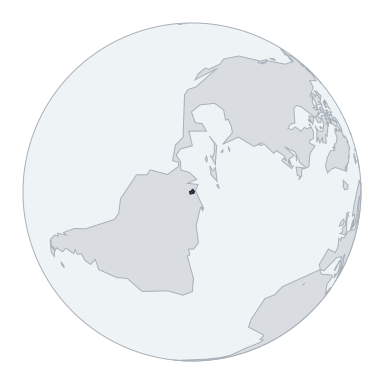 the Earth from above Cojedes, rotated 67°
{"feature_id": "VEN-32", "entity_name": "Cojedes", "entity_type": "State", "adm_level": 1, "iso_a3": "VEN", "parent_name": "Venezuela", "parent_adm1": "", "projection": "orthographic", "projection_center": [-68.34, 9.331], "detail": "fine", "context": "on_globe", "style": "filled", "palette": "slate", "viewbox_px": 384, "rotation_deg": 67, "n_neighbors": 0, "source": "natural_earth", "source_scale": "10m", "svg_char_len": 9006}
<svg xmlns="http://www.w3.org/2000/svg" viewBox="0 0 384 384"><g transform="rotate(67 192 192)"><circle cx="192" cy="192" r="169" fill="#eef3f6" stroke="#a8b0b8"/><path d="M163.4,194.6L159.5,192.7L155.6,197.6L142.4,189.0L138.1,178.8L99.6,160.9L96.1,155.6L96.8,147.5L87.9,120.2L89.9,145.3L85.7,140.2L83.1,131.1L85.6,129.0L85.2,116.2L82.0,111.1L85.1,95.8L98.2,77.9L98.7,80.8L101.8,76.6L101.4,72.9L100.4,71.6L110.7,56.4L111.4,48.9L106.0,50.5L111.6,47.5L97.5,53.8L94.3,54.6L101.4,51.4L104.8,49.5L104.3,48.7L107.7,46.6L109.4,45.2L113.5,43.0L117.4,41.9L120.1,40.7L119.6,40.2L123.4,38.2L123.7,38.9L130.4,35.5L138.0,34.3L135.5,40.1L143.2,39.5L149.8,46.1L152.6,44.4L156.9,46.5L161.8,45.5L161.6,47.6L165.6,45.1L164.9,43.5L166.4,42.0L169.2,41.4L169.5,43.7L168.1,44.3L169.6,44.7L168.6,46.2L170.7,45.1L170.7,48.3L174.8,44.4L178.3,46.4L177.2,48.8L171.9,49.4L156.1,58.3L153.3,61.8L154.7,65.6L168.8,70.4L167.9,74.3L170.8,78.9L173.7,76.0L172.5,71.5L178.7,67.9L176.5,63.3L178.7,61.4L178.7,56.9L184.5,56.8L190.2,59.3L190.6,63.3L193.1,64.7L197.5,60.7L202.7,68.3L214.0,74.4L214.7,76.8L207.6,81.2L195.7,81.4L186.4,89.1L198.3,83.6L199.9,90.5L202.6,91.6L206.0,91.2L207.7,88.6L209.4,91.1L198.4,97.0L196.6,94.8L200.1,92.7L194.5,93.1L187.0,98.1L188.4,101.7L175.7,106.9L176.5,109.8L174.2,112.8L173.7,107.8L174.3,117.2L159.6,127.8L160.1,145.2L153.2,131.7L146.8,130.1L139.0,130.3L139.0,133.1L128.8,130.8L119.2,136.6L115.0,150.4L118.0,161.2L129.4,161.9L133.1,156.0L141.6,154.9L134.8,171.0L149.6,173.6L147.8,185.8L152.0,192.2L159.5,190.7L167.3,193.7L173.0,186.7L182.2,182.8L182.2,192.7L187.4,183.6L192.4,188.4L210.7,187.7L209.3,190.0L224.6,201.4L241.3,205.9L245.2,212.9L243.2,217.5L249.0,218.5L249.1,221.4L272.2,224.4L283.9,230.7L283.4,240.7L273.5,252.9L264.1,276.8L246.2,285.4L241.4,294.7L227.0,308.1L216.1,307.4L219.1,313.6L212.9,317.4L205.8,317.8L204.4,322.0L199.2,322.1L202.6,324.9L194.2,330.2L196.6,334.4L190.5,338.4L192.3,340.7L190.0,340.7L187.5,341.5L187.4,342.7L180.1,340.5L177.9,335.1L180.4,332.4L177.3,331.9L182.5,324.6L179.1,326.0L179.7,314.4L184.3,304.5L186.9,274.1L183.2,267.9L170.2,260.4L154.5,236.4L158.6,226.6L155.2,221.8L166.2,207.8L163.4,194.6ZM32.3,139.1L33.6,135.4L33.0,137.9L32.3,139.1ZM34.3,133.0L33.9,134.3L34.2,133.2L34.3,133.0ZM34.5,132.1L34.4,132.8L34.4,132.4L34.5,132.1ZM34.6,131.5L34.6,131.8L34.6,131.5ZM158.9,151.2L175.9,159.8L166.0,160.8L167.9,159.2L163.7,155.7L155.7,152.4L147.1,154.2L158.9,151.2ZM35.2,129.4L35.5,128.7L35.2,129.4ZM167.1,141.6L164.2,140.9L167.1,140.8L167.1,141.6ZM99.4,71.5L101.1,73.2L100.1,77.5L98.4,76.2L99.4,71.5ZM101.7,64.2L103.4,64.1L99.8,68.0L100.0,66.8L101.7,64.2ZM101.3,52.4L102.0,52.8L100.2,53.2L101.3,52.4ZM109.0,45.5L107.7,46.1L109.1,45.1L109.0,45.5ZM175.5,57.3L177.0,57.1L176.2,58.1L175.5,57.3ZM174.0,55.7L171.9,56.9L170.9,56.4L172.2,55.6L174.0,55.7ZM116.7,41.1L119.4,39.6L117.3,40.8L116.7,41.1ZM176.8,54.4L169.4,55.2L167.6,54.3L171.1,50.7L176.8,54.4ZM128.1,35.6L135.6,32.8L126.8,36.3L124.6,37.5L123.9,37.6L121.4,38.7L127.8,35.7L126.6,36.2L128.1,35.6ZM163.4,43.3L164.4,44.9L161.0,44.2L163.4,43.3ZM160.9,43.2L148.3,43.9L148.3,41.5L152.5,41.6L150.4,39.3L156.6,37.7L159.1,38.6L157.9,40.4L161.2,38.5L160.9,43.2ZM140.1,31.3L142.3,30.7L140.8,31.2L140.1,31.3ZM166.7,41.3L164.2,41.5L164.0,39.4L169.1,38.6L167.5,39.5L166.7,41.3ZM146.9,39.6L147.6,38.1L152.8,36.3L153.8,35.6L156.8,37.5L146.9,39.6ZM169.0,39.7L171.6,38.3L174.3,38.9L169.2,41.0L169.0,39.7ZM161.8,39.2L162.0,38.3L163.6,38.5L161.8,39.2ZM185.1,40.7L182.1,40.7L181.7,39.5L185.1,40.7ZM172.5,37.8L171.5,37.6L171.0,37.3L173.3,36.6L172.5,37.8ZM160.2,36.2L162.2,35.9L159.3,35.3L163.1,34.3L164.3,35.8L165.4,34.7L166.6,34.4L166.3,36.1L160.2,36.2ZM174.1,34.8L177.1,36.9L182.8,37.0L183.2,38.0L174.0,37.6L174.1,34.8ZM169.6,35.3L172.5,35.2L171.6,36.3L169.0,37.1L169.6,35.3ZM165.2,33.1L159.1,34.3L159.0,34.0L165.2,33.1ZM176.0,34.6L175.2,34.1L176.5,34.4L176.0,34.6ZM168.7,33.2L166.5,33.6L166.5,33.2L168.7,33.2ZM175.6,33.0L176.5,33.6L174.8,34.1L175.6,33.0ZM172.6,32.9L173.1,32.2L173.6,33.9L171.6,33.1L172.6,32.9ZM169.0,32.7L168.3,32.6L170.0,32.6L169.0,32.7ZM181.5,31.0L182.6,33.0L178.8,34.0L178.3,31.8L181.5,31.0ZM192.3,345.1L180.8,341.3L187.2,343.1L191.5,341.1L197.6,343.9L192.3,345.1ZM205.0,339.9L210.0,338.7L211.3,339.3L208.1,340.3L205.0,339.9ZM326.5,89.7L326.8,90.2L322.0,84.4L318.6,80.1L326.5,89.7ZM306.7,68.0L306.7,67.9L315.7,77.1L318.4,79.9L320.9,83.9L325.7,89.2L328.0,92.7L320.9,85.1L318.0,81.8L308.6,75.4L311.8,79.1L320.9,85.6L320.1,85.6L324.5,91.5L320.6,87.0L309.8,79.7L309.0,84.5L316.0,101.3L313.8,104.2L308.4,103.1L297.8,88.6L303.8,83.8L300.1,79.4L292.0,74.8L294.6,74.0L292.0,71.8L293.6,70.1L289.1,63.5L289.6,61.7L281.4,55.4L280.5,53.8L285.7,57.9L289.6,60.1L290.2,56.9L288.4,55.2L283.0,51.5L283.9,51.5L278.5,48.4L275.7,45.8L274.6,46.7L268.2,43.2L263.0,40.0L260.7,39.2L269.2,44.6L272.8,46.7L276.2,48.2L285.7,55.1L286.9,57.2L276.2,51.1L276.7,53.6L268.1,48.5L250.2,35.9L246.1,33.2L253.1,34.5L257.8,36.5L257.7,36.8L263.8,39.1L260.4,37.6L261.2,37.9L255.2,35.3L255.4,35.4L266.5,40.4L277.3,46.2L287.6,52.7L297.4,60.0L306.7,68.0ZM254.4,35.0L249.3,33.1L249.0,32.9L254.4,35.0ZM139.1,31.5L135.6,32.8L128.1,35.6L139.1,31.5ZM339.2,275.0L341.5,270.7L351.4,244.4L355.6,230.5L357.3,220.8L356.7,201.3L357.1,188.7L356.0,184.3L354.2,187.0L352.3,181.9L350.8,182.7L338.4,192.8L332.1,187.0L318.5,166.4L318.9,156.1L314.5,145.7L313.5,104.9L318.3,105.0L323.3,95.4L324.8,95.9L329.7,103.8L337.8,109.0L334.0,101.6L335.6,103.0L341.6,113.4L346.8,124.3L351.2,135.5L354.8,147.0L357.6,158.7L359.6,170.5L360.7,182.5L360.9,194.5L360.3,206.6L358.9,218.5L356.6,230.3L353.4,241.9L349.5,253.3L344.7,264.3L339.2,275.0ZM319.7,123.7L321.2,126.8L319.7,123.7ZM211.2,187.6L213.4,189.5L210.5,189.6L211.2,187.6ZM164.5,164.8L168.1,165.1L170.0,166.6L167.2,167.1L164.5,164.8ZM195.5,165.0L199.7,165.8L195.2,166.7L195.5,165.0ZM178.6,160.9L192.1,164.7L183.4,167.7L174.9,165.4L180.8,164.5L178.6,160.9ZM165.1,147.2L167.4,147.9L166.6,149.7L165.1,147.2ZM169.2,141.6L168.4,141.7L167.3,140.3L169.2,141.6ZM200.5,90.1L201.5,89.7L204.8,89.9L203.2,91.1L200.5,90.1ZM220.1,84.7L222.5,88.9L219.7,86.4L217.9,88.5L209.6,86.4L214.6,77.9L213.8,82.0L220.1,84.7ZM199.9,81.9L204.6,83.8L199.3,82.1L199.9,81.9ZM276.3,62.9L279.1,63.5L281.7,66.2L280.9,69.8L277.1,65.7L276.3,62.9ZM282.3,63.8L271.9,57.6L271.9,55.6L273.7,57.7L274.8,57.0L277.8,60.2L288.1,65.0L291.2,67.8L288.1,72.1L287.4,68.9L284.8,68.3L282.3,63.8ZM245.0,49.8L240.5,48.3L246.5,45.6L250.0,47.4L249.5,50.7L245.0,50.6L245.0,49.8ZM184.2,48.5L182.1,49.0L182.0,48.2L183.8,47.2L184.2,48.5ZM183.7,40.8L193.4,45.9L191.5,46.6L199.5,49.4L197.5,52.4L192.4,50.4L196.8,55.2L191.4,54.6L195.0,57.8L183.8,52.9L179.1,53.0L185.1,51.7L187.1,48.8L186.5,47.5L181.4,44.3L172.3,43.5L172.8,41.0L175.6,39.4L177.8,39.2L176.8,40.8L180.6,39.4L180.8,41.6L183.7,40.8ZM207.8,29.0L205.6,29.8L213.2,29.5L213.5,30.8L214.4,30.7L216.7,32.0L221.1,33.5L220.4,34.1L222.4,34.5L224.0,35.6L226.5,36.4L226.2,37.9L229.2,39.1L227.3,39.2L232.6,40.9L228.6,40.4L230.2,42.0L233.3,41.7L225.5,50.3L225.4,55.2L227.5,59.9L220.2,58.9L213.6,54.3L208.3,48.6L209.4,44.4L205.9,45.0L205.4,43.3L208.4,43.5L203.5,42.2L203.9,40.9L199.2,37.3L191.9,36.8L190.0,35.7L193.0,35.3L189.0,34.5L193.4,33.2L192.2,32.5L195.3,30.6L201.9,30.7L200.0,29.9L202.3,28.8L207.8,29.0ZM182.6,30.5L190.4,29.7L194.5,30.1L187.3,33.2L187.9,34.0L183.5,36.5L177.7,35.9L179.5,35.2L179.9,34.4L181.6,34.9L180.6,33.9L183.0,33.0L182.9,32.1L185.5,32.0L182.6,30.5ZM323.2,92.5L323.8,92.2L324.0,91.1L326.7,95.1L323.2,92.5ZM316.1,87.6L316.1,86.6L320.1,91.1L319.5,91.5L316.1,87.6ZM312.7,82.5L315.8,86.2L313.8,84.5L312.7,82.5ZM285.3,57.0L285.0,56.1L286.3,56.8L288.0,58.4L285.3,57.0ZM230.4,30.2L228.6,30.1L227.6,29.8L221.8,28.9L221.1,28.2L224.4,28.4L230.4,30.2ZM329.1,93.9L330.0,94.6L329.9,95.0L329.1,93.9ZM228.7,29.2L226.4,28.8L227.5,28.7L228.7,29.2ZM220.3,27.6L221.0,27.3L220.3,28.0L220.3,27.6ZM237.3,29.2L228.1,27.0L223.6,26.0L237.3,29.2ZM201.6,23.3L201.9,23.3L199.0,23.2L198.4,23.2L201.6,23.3ZM215.7,25.3L218.4,25.7L217.4,25.8L215.7,25.3ZM141.6,30.8L142.2,30.7L140.4,31.2L141.6,30.8Z" fill="#d9dde1" stroke="#a8b0b8" stroke-width="1"/><path d="M193.6,190.5L193.7,190.9L193.7,191.0L193.4,191.1L193.2,191.2L193.2,191.3L193.1,191.5L193.2,191.8L193.2,192.0L193.3,192.2L193.4,192.4L193.4,192.7L193.4,192.8L193.3,193.1L193.2,193.1L193.1,193.3L193.0,193.5L192.9,193.8L193.0,193.8L193.0,194.0L193.0,194.3L192.9,194.3L192.8,194.2L192.7,194.2L192.4,194.1L192.1,194.1L191.9,194.1L191.7,194.1L191.3,194.1L191.1,194.0L191.1,193.9L191.0,193.7L190.9,193.7L191.0,193.5L191.2,193.4L191.3,193.4L191.2,193.4L191.1,193.2L191.2,192.9L191.2,192.4L191.2,192.2L190.9,192.0L190.8,191.9L190.7,191.9L190.6,191.7L190.4,191.5L190.3,191.4L190.3,191.2L190.2,191.1L190.2,190.9L190.1,190.7L190.1,190.4L190.4,190.5L190.5,190.5L190.5,190.4L190.6,190.2L190.8,190.1L191.0,190.1L191.3,190.0L191.5,190.3L191.4,190.3L191.5,190.3L191.8,190.1L192.0,190.0L192.1,189.9L192.2,189.7L192.3,189.7L192.3,189.8L192.3,190.0L192.6,190.3L192.8,190.4L192.8,190.5L192.9,190.4L193.0,190.4L193.0,190.5L193.3,190.6L193.5,190.5L193.6,190.5Z" fill="#64748b" stroke="#1e293b" stroke-width="1.5"/></g></svg>